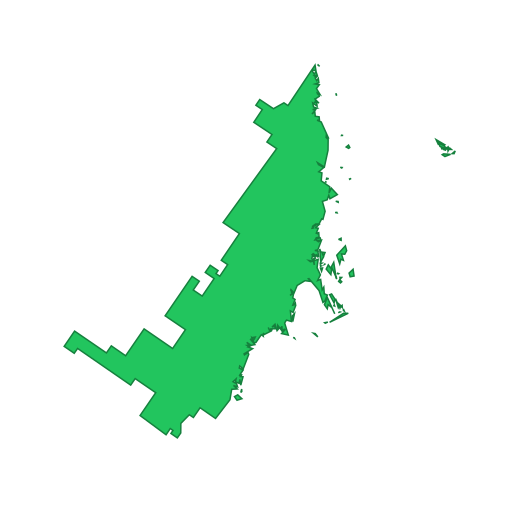 Karratha, Western Australia, Australia, rotated 124°
{"feature_id": "25037944B65347816419811", "entity_name": "Karratha", "entity_type": "district", "adm_level": 2, "iso_a3": "AUS", "parent_name": "Australia", "parent_adm1": "Western Australia", "projection": "orthographic", "projection_center": [116.53, -21.039], "detail": "fine", "context": "isolated", "style": "filled", "palette": "green", "viewbox_px": 512, "rotation_deg": 124, "n_neighbors": 0, "source": "geoboundaries", "source_scale": "gbopen_adm2", "svg_char_len": 6113}
<svg xmlns="http://www.w3.org/2000/svg" viewBox="0 0 512 512"><g transform="rotate(124 256 256)"><path d="M432.4,352.2L433.1,287.7L425.2,287.6L425.4,262.7L453.1,262.9L454.5,230.6L447.0,230.6L447.0,227.3L450.7,227.3L450.8,219.5L444.8,219.4L436.8,224.7L424.9,222.5L424.9,217.6L413.1,217.5L413.3,198.7L389.8,197.2L380.1,201.6L376.7,197.2L375.9,202.3L374.8,198.1L372.8,200.7L373.1,204.8L369.0,203.8L371.7,202.7L371.0,198.9L367.3,200.4L371.6,196.4L363.4,199.2L364.7,201.5L362.6,201.4L362.9,202.5L364.1,202.4L364.1,202.9L357.8,202.9L358.3,207.2L356.3,208.0L356.7,203.5L341.6,207.0L340.5,208.6L344.4,210.3L343.8,211.2L334.7,207.0L335.9,211.6L333.7,210.4L333.3,211.7L335.0,211.4L335.1,213.3L333.9,211.7L332.7,215.4L332.8,210.1L330.1,207.4L328.0,214.5L328.0,212.0L326.1,213.8L326.6,211.3L325.4,213.2L323.6,211.3L326.4,210.9L327.5,211.4L329.2,208.9L327.7,207.7L318.3,207.6L318.4,205.3L317.4,206.4L315.4,206.5L317.4,205.8L309.4,201.3L307.8,201.7L310.3,202.9L308.4,205.9L310.0,203.1L308.1,203.0L305.3,198.9L303.9,201.7L306.0,203.0L301.9,202.1L306.1,196.8L302.4,196.4L303.6,197.7L301.3,199.2L303.3,193.4L302.1,194.4L299.7,195.3L303.3,192.5L300.9,191.7L301.0,190.7L306.0,191.4L303.5,185.0L295.5,194.8L292.1,194.9L290.5,190.0L282.3,196.8L282.0,193.7L274.8,195.4L273.0,197.1L275.1,197.0L276.2,198.0L270.2,199.3L270.2,202.1L265.7,204.0L269.6,205.7L265.8,205.0L266.5,206.8L266.0,205.9L264.8,208.2L264.3,208.3L265.3,203.8L257.4,205.4L249.1,201.6L246.6,196.6L245.6,199.9L245.1,199.5L249.4,184.4L257.1,174.5L254.4,173.8L248.5,175.0L249.1,178.3L243.9,182.4L247.1,182.2L239.3,189.3L241.9,191.2L235.6,192.1L231.6,198.8L224.0,202.6L227.5,205.3L230.8,202.7L227.5,206.3L228.6,206.0L230.4,207.7L230.2,209.8L228.5,206.2L227.6,206.6L223.9,205.3L227.1,206.9L227.1,208.3L224.6,209.1L223.6,205.9L223.6,210.2L222.1,209.9L222.2,203.5L221.3,207.2L221.1,204.2L217.8,207.0L216.5,207.2L217.2,207.3L218.5,210.3L216.3,208.2L206.5,210.5L209.3,212.2L209.2,214.1L206.6,210.9L205.0,213.1L205.6,213.9L206.5,214.1L207.7,215.4L208.4,215.1L209.6,216.1L207.1,216.2L205.1,214.2L201.5,217.1L202.5,217.9L202.7,217.2L203.1,217.3L203.4,218.8L198.2,219.9L199.3,222.4L194.6,221.3L196.1,223.9L196.8,223.7L197.9,223.9L199.8,225.5L200.2,224.6L200.9,224.2L202.3,225.6L200.9,224.4L199.7,225.7L196.2,224.5L194.2,221.7L188.4,222.3L188.2,221.0L180.3,223.7L173.6,231.5L169.6,228.4L165.0,229.6L167.2,226.7L159.6,222.9L157.6,231.5L162.9,230.7L157.4,233.5L157.2,244.0L150.2,247.8L151.1,251.1L144.8,249.3L145.3,255.3L144.2,257.2L143.9,249.1L128.1,255.4L119.1,261.3L118.5,264.2L116.8,265.1L118.1,261.2L108.4,276.9L109.3,281.3L107.8,279.4L105.3,281.5L107.0,285.0L103.3,288.1L107.0,289.0L101.7,288.4L102.9,291.0L99.3,288.0L100.3,291.7L97.4,294.6L97.6,289.2L94.9,291.4L96.1,294.1L94.9,292.0L93.5,293.9L94.1,289.2L92.9,294.8L88.2,292.8L86.9,294.4L87.3,295.5L86.6,296.4L86.3,293.3L83.4,299.5L78.6,299.3L80.3,303.2L77.1,300.8L73.9,303.7L76.7,303.7L75.3,306.5L72.5,305.4L74.1,307.1L73.9,308.7L72.0,306.2L69.5,309.4L72.6,309.5L70.8,313.8L113.4,313.6L113.4,318.5L124.1,323.9L124.2,340.4L131.1,340.4L131.1,332.7L146.4,332.6L146.3,310.7L155.4,310.7L155.4,298.9L246.7,302.0L246.7,282.3L279.0,282.4L279.0,274.7L293.0,274.7L293.0,279.3L289.3,279.3L289.3,288.8L298.0,288.9L298.1,278.1L319.3,278.2L319.3,289.0L308.6,288.9L308.6,297.6L356.4,297.9L356.5,273.3L379.3,273.4L379.0,308.0L411.6,308.3L411.4,325.7L420.0,325.8L419.7,364.4L438.2,364.5L438.3,352.3L432.4,352.2ZM259.9,158.4L250.5,173.6L258.1,172.1L259.9,167.4L256.0,169.0L256.3,164.3L259.9,158.4ZM210.2,189.5L215.7,182.2L211.2,183.8L210.7,181.1L206.5,186.3L204.9,183.4L200.9,183.8L197.6,187.6L210.2,189.5ZM217.2,200.1L214.5,200.7L216.4,204.5L214.5,207.1L224.8,199.0L218.7,199.5L216.7,202.8L217.2,200.1ZM228.8,177.8L217.8,188.0L222.7,187.5L228.8,177.8ZM254.5,151.4L269.8,157.9L251.9,147.5L254.5,151.4ZM381.3,193.5L384.6,195.2L386.2,191.1L382.2,187.9L381.3,193.5ZM220.6,166.3L217.8,163.5L212.7,168.1L218.1,169.3L220.6,166.3ZM59.4,162.1L58.2,161.6L58.8,171.8L61.8,166.8L59.7,168.6L58.9,168.2L59.5,162.5L60.3,167.8L62.3,164.7L60.5,157.2L59.4,162.1ZM229.6,183.5L224.9,185.8L222.9,191.1L227.6,190.5L229.6,183.5ZM245.2,172.1L246.9,173.3L251.3,165.0L247.6,166.4L245.2,172.1ZM251.6,158.9L246.9,166.2L252.9,158.8L251.6,158.9ZM70.5,313.8L68.9,309.9L64.7,313.8L68.0,313.8L70.5,313.8ZM63.0,151.6L66.5,157.7L67.9,158.3L67.9,155.0L63.0,151.6ZM285.2,192.3L289.8,188.8L282.2,191.9L285.2,192.3ZM288.5,159.5L287.2,163.5L287.9,165.1L288.5,159.5ZM112.3,241.3L115.2,242.2L115.0,239.4L113.6,238.9L112.3,241.3ZM249.8,157.2L249.3,161.3L252.3,157.2L250.3,157.6L249.8,157.2ZM228.7,194.1L230.0,195.8L232.0,193.1L228.7,194.1ZM228.8,173.4L230.9,173.3L231.1,170.9L229.4,170.5L228.8,173.4ZM153.0,240.5L151.2,239.0L152.0,240.9L153.0,240.5ZM193.7,195.4L195.6,196.6L195.9,196.4L195.4,194.2L193.7,195.4ZM60.4,149.0L57.5,149.6L61.4,150.6L60.4,149.0ZM273.0,161.0L270.6,159.5L272.9,161.8L273.0,161.0ZM61.6,155.5L58.8,155.8L58.1,157.6L59.4,157.4L61.6,155.5ZM225.9,173.0L226.8,174.5L228.2,173.3L225.9,173.0ZM224.4,177.6L224.7,179.3L225.0,177.9L224.4,177.6ZM164.9,218.4L166.0,220.5L165.5,217.9L164.9,218.4ZM250.3,157.3L250.5,155.6L248.8,157.0L250.3,157.3ZM155.2,238.8L155.9,240.4L155.7,239.6L155.2,238.8ZM108.3,252.5L107.3,251.2L108.0,252.6L108.3,252.5ZM59.5,155.2L58.4,153.6L58.2,155.3L59.5,155.2ZM225.2,197.4L226.1,198.7L226.8,198.0L225.2,197.4ZM174.6,213.4L175.7,214.7L174.9,212.9L174.6,213.4ZM62.1,157.5L62.0,160.9L62.9,160.3L62.1,157.5ZM374.3,193.5L377.1,192.5L377.0,192.1L376.3,192.0L374.3,193.5ZM135.3,235.7L135.1,234.1L134.5,234.1L135.3,235.7ZM63.2,161.9L62.0,161.4L62.8,162.5L63.2,161.9ZM302.4,178.4L302.7,179.6L302.7,177.9L302.4,178.4ZM63.2,309.3L62.8,311.4L63.0,311.4L63.2,309.3ZM227.7,196.3L228.0,197.1L228.4,196.7L227.7,196.3ZM251.0,154.0L252.3,153.0L252.3,152.0L251.0,154.0ZM252.7,163.8L253.7,163.7L253.5,162.8L252.7,163.8ZM255.5,155.3L257.0,156.1L255.4,155.0L255.5,155.3ZM59.1,158.3L60.0,158.7L59.5,157.6L59.1,158.3ZM229.3,177.6L230.0,176.2L228.7,177.5L229.3,177.6ZM76.4,280.8L77.7,279.5L77.8,278.8L76.4,280.8ZM138.5,220.5L139.8,221.5L140.0,221.2L138.5,220.5ZM223.6,194.0L224.5,194.7L224.8,194.6L223.6,194.0Z" fill="#22c55e" stroke="#15803d" stroke-width="1.5"/></g></svg>